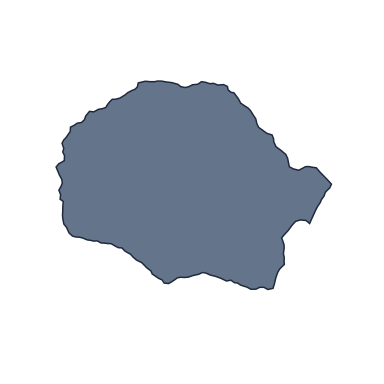 outline of Piratininga, São Paulo, Brazil, rotated 155°
{"feature_id": "56859067B94556875312547", "entity_name": "Piratininga", "entity_type": "district", "adm_level": 2, "iso_a3": "BRA", "parent_name": "Brazil", "parent_adm1": "São Paulo", "projection": "orthographic", "projection_center": [-49.192, -22.416], "detail": "fine", "context": "isolated", "style": "filled", "palette": "slate", "viewbox_px": 384, "rotation_deg": 155, "n_neighbors": 0, "source": "geoboundaries", "source_scale": "gbopen_adm2", "svg_char_len": 2374}
<svg xmlns="http://www.w3.org/2000/svg" viewBox="0 0 384 384"><g transform="rotate(155 192 192)"><path d="M307.2,192.9L304.2,190.9L301.7,189.0L298.6,187.8L296.0,184.3L293.0,182.7L290.2,180.9L287.2,179.4L284.2,175.1L282.2,172.6L279.2,171.0L277.6,166.5L273.9,161.4L273.0,158.1L271.1,153.8L267.4,149.2L266.1,145.6L265.0,142.4L262.6,137.8L262.7,134.5L260.9,131.5L258.8,127.9L256.3,125.0L255.7,121.2L251.9,118.9L248.3,119.2L245.0,119.7L241.5,120.4L237.9,119.4L235.2,117.8L231.3,116.4L226.0,115.8L220.8,114.6L216.6,114.6L213.7,112.7L210.6,109.1L206.0,105.3L202.5,101.8L198.4,96.8L194.0,95.6L191.9,91.9L189.4,90.4L187.2,87.0L184.8,84.7L182.3,82.5L179.9,79.1L175.2,76.9L170.9,77.0L167.1,75.2L164.5,71.6L159.3,70.4L155.9,74.2L152.7,78.3L150.4,80.8L148.2,83.0L145.1,85.1L142.0,86.3L138.9,87.3L137.7,90.6L136.1,93.6L135.2,97.5L132.3,102.0L130.9,105.2L130.4,109.3L130.1,112.6L125.2,114.8L121.4,116.3L115.1,119.7L110.5,121.6L105.7,120.9L100.7,118.0L98.7,113.7L95.2,116.8L87.8,123.1L84.3,125.8L80.3,128.2L77.9,130.4L74.1,132.5L71.1,135.5L68.4,136.5L65.4,137.5L62.3,140.2L63.6,144.3L65.7,150.6L67.6,155.9L69.1,161.4L72.8,163.8L75.7,165.9L78.5,167.0L81.4,166.8L86.0,166.6L90.5,170.2L93.1,173.8L91.1,182.2L91.1,186.4L93.9,192.4L96.7,197.5L96.7,202.8L95.6,205.7L95.3,209.8L99.4,213.6L101.6,217.6L104.3,222.4L104.3,226.7L103.3,231.3L104.0,236.1L104.6,241.0L105.7,244.4L108.1,248.2L110.3,251.9L110.6,257.2L112.1,264.2L114.5,265.9L116.1,269.3L115.3,272.7L118.0,276.0L123.3,278.0L126.7,281.5L129.9,282.5L133.6,285.9L136.8,288.0L141.2,287.2L146.2,289.0L150.5,288.8L154.1,289.6L157.7,292.3L159.3,295.6L164.1,299.7L168.8,302.6L172.9,305.5L176.3,307.1L179.3,307.8L182.8,309.4L187.5,312.1L194.6,313.6L197.1,310.4L200.0,309.2L203.6,309.4L208.3,309.2L211.5,308.3L217.8,307.6L222.1,308.4L225.1,309.7L228.6,308.5L231.5,307.0L234.5,305.0L238.4,305.5L241.9,306.5L247.1,306.1L250.8,308.4L256.1,305.9L259.0,302.9L262.9,301.7L266.9,302.9L271.2,302.2L274.7,302.2L276.8,298.3L280.7,296.0L283.5,294.4L286.2,293.4L289.2,291.1L289.8,285.7L292.2,282.9L292.2,278.8L294.5,274.4L297.7,274.1L300.8,273.9L304.6,272.1L305.0,263.6L304.7,258.6L305.7,255.0L308.3,252.5L311.9,249.9L312.2,245.1L314.6,241.2L312.7,237.9L315.5,232.9L317.3,229.1L319.0,226.1L320.4,222.3L321.7,217.1L320.7,213.2L320.7,206.7L318.9,202.5L316.4,200.4L313.2,198.6L310.7,196.7L307.2,192.9Z" fill="#64748b" stroke="#1e293b" stroke-width="1.5"/></g></svg>